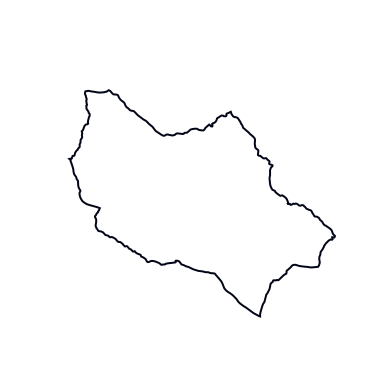 the district of Tibirita, Cundinamarca, Colombia, rotated 127°
{"feature_id": "7082276B65306384541735", "entity_name": "Tibirita", "entity_type": "district", "adm_level": 2, "iso_a3": "COL", "parent_name": "Colombia", "parent_adm1": "Cundinamarca", "projection": "robinson", "projection_center": [-73.516, 5.082], "detail": "fine", "context": "isolated", "style": "outline", "palette": "ink", "viewbox_px": 384, "rotation_deg": 127, "n_neighbors": 0, "source": "geoboundaries", "source_scale": "gbopen_adm2", "svg_char_len": 6059}
<svg xmlns="http://www.w3.org/2000/svg" viewBox="0 0 384 384"><g transform="rotate(127 192 192)"><path d="M278.5,246.4L278.6,245.5L279.2,244.1L279.4,243.4L279.2,242.7L278.2,240.8L277.8,238.9L277.9,238.1L278.3,236.1L278.4,235.2L277.3,232.5L277.6,231.1L277.5,230.4L277.2,229.9L276.4,229.2L276.0,228.4L275.7,226.8L275.5,225.0L275.7,223.9L276.0,222.8L276.2,221.7L276.1,220.7L275.8,220.1L275.3,219.6L275.1,218.8L275.1,217.8L275.2,215.8L275.6,215.1L275.7,213.7L275.9,213.0L275.6,212.5L275.0,212.1L274.5,211.5L274.4,210.9L275.1,208.0L274.6,206.0L275.0,204.3L275.1,203.4L274.8,203.0L273.8,202.2L274.2,200.3L274.2,199.5L274.0,198.2L273.2,195.6L273.2,195.0L273.9,194.1L274.1,193.6L273.5,191.2L273.5,188.9L273.8,187.9L274.7,186.1L274.5,185.0L274.0,184.4L271.8,183.2L271.0,182.4L270.3,181.1L269.6,179.6L268.6,175.8L268.5,174.8L268.6,173.6L268.6,172.7L268.0,172.0L267.0,171.2L266.4,170.2L265.1,169.7L263.5,168.4L261.1,165.8L258.2,162.9L257.8,162.8L257.0,163.6L256.5,163.5L256.2,163.1L255.5,161.9L255.2,160.8L255.3,159.6L256.1,157.1L256.0,156.1L255.5,155.1L254.9,152.0L254.0,149.7L253.0,144.5L251.1,139.3L249.0,135.7L247.9,132.9L246.4,130.9L245.8,129.0L245.1,127.5L244.0,125.9L243.5,124.9L243.6,123.9L244.0,122.5L245.2,116.9L245.8,114.6L246.8,112.6L249.4,108.4L250.0,106.1L250.2,103.6L249.9,100.2L249.9,97.4L250.7,92.2L251.9,88.4L252.1,86.1L252.1,82.6L251.8,79.6L251.7,70.0L250.8,64.0L250.4,62.7L248.7,64.0L246.7,65.0L240.0,67.5L238.9,67.8L236.2,68.0L229.2,70.9L227.9,70.8L223.7,71.5L222.3,71.9L218.2,73.9L216.6,73.9L215.2,73.4L214.1,73.9L213.8,73.9L213.2,73.5L212.6,72.4L211.8,71.6L211.1,71.2L210.9,70.9L210.8,70.3L210.1,69.8L203.7,68.8L201.9,68.3L201.1,67.8L200.4,67.6L199.8,67.8L198.2,68.9L197.3,68.9L196.5,68.6L193.0,67.9L190.9,67.8L190.0,67.6L188.7,66.6L188.0,65.7L187.4,64.4L186.7,62.3L186.0,60.8L183.9,57.2L182.2,54.5L181.0,52.1L179.4,50.1L175.9,46.3L174.2,46.4L172.1,47.2L171.1,47.8L169.0,50.0L167.8,50.8L167.0,51.3L165.1,51.7L163.0,52.9L161.8,53.2L159.2,53.2L158.6,53.4L156.6,53.6L155.8,54.1L154.7,54.0L152.8,54.2L148.5,53.6L146.5,52.7L145.8,51.4L145.1,51.3L144.7,51.9L143.8,52.8L142.7,51.0L141.9,51.0L141.0,51.5L141.0,52.5L140.6,54.2L138.8,57.0L138.4,58.0L138.2,59.7L138.4,64.8L138.7,66.1L138.6,67.2L137.3,70.6L137.3,72.4L137.2,73.0L136.4,74.7L136.3,75.4L136.5,77.0L136.9,78.0L137.7,79.4L137.6,80.0L137.1,80.9L136.2,83.4L135.4,84.9L135.2,86.0L135.8,87.8L136.4,90.3L136.3,91.2L135.9,92.6L135.9,93.7L135.7,94.5L135.7,95.3L136.5,96.5L137.7,97.2L138.1,97.8L138.3,98.5L138.2,100.4L138.4,101.4L138.8,102.2L139.3,102.4L139.8,102.9L140.4,104.1L140.9,104.4L142.1,104.7L142.8,105.3L142.9,105.9L142.6,106.6L143.3,107.3L143.8,108.2L143.7,108.6L143.1,108.5L142.7,108.7L140.7,111.9L140.4,113.0L140.2,114.1L140.2,116.7L140.3,117.7L140.7,118.3L141.7,118.9L142.0,119.6L142.0,124.0L141.8,125.5L141.3,126.2L141.3,126.9L141.7,128.6L141.7,129.5L141.4,130.3L140.5,132.0L139.6,133.4L138.5,134.6L135.0,137.8L133.7,138.8L131.5,139.8L127.8,142.7L125.9,143.4L125.0,143.6L122.9,143.3L122.6,143.4L122.3,143.7L122.2,144.1L122.4,144.9L123.1,146.5L123.1,147.2L122.8,147.6L121.1,148.3L120.8,148.8L120.8,150.9L120.4,152.8L120.5,153.4L121.9,154.7L122.1,155.2L122.2,156.8L122.0,158.6L122.1,159.3L122.8,160.5L122.8,161.4L122.4,161.9L119.5,163.6L118.9,164.1L118.7,164.8L118.7,166.3L118.6,167.7L117.5,169.3L117.0,169.5L116.0,170.7L112.2,173.2L111.5,174.2L111.2,175.4L110.9,177.4L110.8,180.3L110.4,182.5L109.9,189.9L108.5,191.9L108.0,193.7L106.9,195.7L105.4,199.9L105.5,200.8L106.0,202.3L106.6,203.2L106.8,204.1L106.8,204.7L106.0,207.3L104.6,209.3L106.9,210.4L108.6,211.5L109.7,211.0L110.2,210.5L110.8,210.4L111.3,210.7L112.3,212.1L112.4,213.1L112.6,213.8L113.2,214.4L114.1,214.9L116.2,215.5L117.5,216.2L118.2,216.2L119.6,215.7L121.4,215.4L123.3,215.8L125.0,216.8L125.5,216.9L126.7,215.5L127.1,215.3L127.5,215.3L127.9,215.8L128.1,216.5L127.7,218.7L128.0,218.9L132.8,219.9L134.0,219.7L135.3,219.7L136.0,220.1L137.0,221.4L138.2,223.7L138.5,226.0L139.4,227.4L141.6,229.7L143.0,230.7L147.4,231.6L149.4,233.6L150.6,233.7L151.4,234.5L152.2,236.0L154.1,239.1L154.9,239.7L156.4,240.0L158.4,241.3L159.5,243.3L160.7,246.0L161.6,247.1L162.5,247.3L163.9,248.1L164.5,249.4L164.7,250.9L165.1,257.3L164.9,258.6L163.7,262.7L163.5,267.6L163.1,269.6L162.9,271.6L163.3,274.5L163.3,279.6L163.3,281.5L162.5,286.5L162.5,287.1L162.7,287.8L163.7,289.6L164.0,290.9L163.6,292.7L163.6,295.3L163.4,296.0L162.9,297.4L161.7,299.3L161.5,299.9L161.4,301.8L161.4,304.1L161.2,305.0L160.6,307.0L159.5,308.9L159.3,309.7L159.6,310.9L160.7,312.5L161.3,313.6L161.2,315.2L160.7,317.1L160.6,318.4L160.6,319.0L160.9,319.8L163.3,320.6L166.0,323.0L167.3,324.6L168.5,326.0L169.6,328.0L170.6,330.0L171.8,332.1L173.7,335.9L174.9,336.8L175.7,337.7L177.3,337.1L178.2,336.4L179.0,334.8L180.1,333.6L180.8,332.5L181.2,332.0L183.0,331.2L183.8,330.2L184.5,329.8L185.1,328.8L185.6,328.3L186.0,328.2L186.6,328.4L188.7,326.6L189.3,325.8L190.0,323.3L191.0,322.0L191.1,321.1L191.6,320.4L192.2,320.0L193.2,319.4L194.4,319.3L196.1,318.5L197.2,318.1L199.1,317.0L199.7,316.2L200.2,316.1L200.8,316.3L201.8,317.2L202.2,317.4L203.9,317.6L208.3,316.3L209.7,316.6L210.1,316.4L211.1,315.0L213.0,314.1L213.8,313.1L214.5,312.7L215.2,312.4L217.1,312.4L218.2,311.8L219.6,310.8L221.8,310.3L222.9,309.3L223.4,309.0L224.1,308.8L225.6,309.1L226.1,309.1L227.0,308.7L227.8,309.0L228.6,309.1L230.8,309.0L232.8,308.1L233.8,307.9L234.2,308.1L235.0,309.0L235.3,309.0L237.5,308.2L238.0,308.3L238.4,308.7L238.6,309.2L239.4,309.9L239.5,309.2L239.5,308.2L240.4,307.5L241.9,305.1L242.2,304.8L242.8,303.8L245.1,300.7L246.9,299.0L248.7,296.9L249.6,294.0L250.0,293.2L251.1,291.8L251.6,290.1L251.9,289.6L252.7,288.9L254.4,287.6L255.6,286.4L256.0,286.1L257.4,283.8L257.7,282.6L258.2,281.9L259.0,281.5L259.9,281.5L260.5,281.2L262.1,279.9L263.6,277.9L264.6,275.8L265.2,274.0L265.3,272.9L265.2,270.1L265.0,268.7L264.1,266.0L261.2,258.7L260.4,255.9L262.8,255.2L264.1,255.3L264.9,254.9L266.6,255.2L268.2,254.8L269.7,254.9L270.2,254.6L270.5,254.2L271.3,252.4L271.8,251.8L274.1,250.2L276.6,248.9L277.2,248.4L277.6,247.8L277.9,247.0L278.5,246.4Z" fill="none" stroke="#020617" stroke-width="2"/></g></svg>